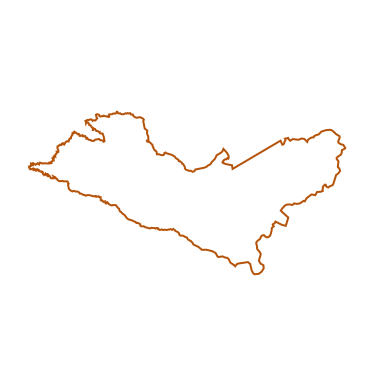 Totoró, Cauca, Colombia, rotated 352°
{"feature_id": "7082276B94855321058702", "entity_name": "Totoró", "entity_type": "district", "adm_level": 2, "iso_a3": "COL", "parent_name": "Colombia", "parent_adm1": "Cauca", "projection": "mercator", "projection_center": [-76.469, 2.497], "detail": "fine", "context": "isolated", "style": "outline", "palette": "amber", "viewbox_px": 384, "rotation_deg": 352, "n_neighbors": 0, "source": "geoboundaries", "source_scale": "gbopen_adm2", "svg_char_len": 5999}
<svg xmlns="http://www.w3.org/2000/svg" viewBox="0 0 384 384"><g transform="rotate(352 192 192)"><path d="M198.3,251.2L203.8,253.4L206.9,255.7L208.3,259.5L209.1,260.0L213.5,260.1L215.6,261.5L217.7,262.1L218.9,263.4L220.2,267.3L223.6,270.4L224.4,271.6L226.5,269.6L227.7,269.3L237.6,269.2L239.6,271.4L240.2,278.1L241.5,281.3L242.7,282.2L246.7,282.3L249.9,280.6L252.4,277.5L252.5,274.4L249.9,272.4L248.7,269.3L251.3,263.5L251.3,262.4L250.4,260.1L248.9,258.2L248.6,257.1L248.8,253.6L248.4,252.0L248.8,250.7L250.2,249.4L252.8,248.0L254.2,245.7L255.7,244.7L257.3,244.8L258.5,246.4L259.5,247.2L261.2,247.3L262.8,246.5L263.8,245.3L265.6,240.9L266.0,238.8L268.2,237.4L267.4,236.0L267.4,235.3L269.4,234.5L270.5,232.9L276.7,237.2L280.2,238.5L283.8,230.7L277.3,222.9L278.6,221.3L281.9,218.5L284.1,217.7L286.7,217.8L289.2,218.8L290.8,218.2L291.4,217.5L294.3,218.4L297.3,218.3L301.3,216.3L302.4,216.9L304.7,214.0L309.6,211.3L310.3,211.1L313.6,212.3L315.9,209.4L319.4,209.7L321.7,209.1L321.6,207.6L322.1,206.8L322.2,205.2L324.6,203.2L325.4,203.4L325.8,205.3L327.5,206.5L329.0,205.6L332.2,204.8L333.1,203.6L337.1,195.2L339.1,194.2L341.5,191.9L341.2,189.3L339.9,187.5L341.3,182.0L339.9,179.5L340.0,178.3L342.0,176.9L344.5,175.9L345.7,174.0L346.3,171.4L349.3,170.4L349.9,169.7L348.4,166.4L345.5,165.1L343.8,163.3L343.8,162.3L345.9,158.5L345.9,157.3L342.9,154.9L340.0,151.2L338.3,149.9L337.1,149.6L333.3,149.4L328.5,150.2L325.5,152.6L322.3,153.1L320.4,153.9L320.1,154.8L317.9,154.7L316.0,155.4L313.8,156.8L313.1,158.4L310.5,155.0L307.9,154.3L304.6,155.1L299.1,153.6L296.4,154.9L294.7,152.5L294.7,151.9L292.9,152.0L291.6,152.2L291.9,152.6L291.7,153.8L290.7,155.0L289.8,157.0L289.0,157.6L288.0,157.7L286.8,153.5L235.4,174.8L235.3,171.1L229.3,169.0L226.8,167.6L226.3,166.8L227.2,166.3L227.4,165.2L229.5,164.2L230.6,164.4L231.7,163.4L232.6,164.0L233.2,162.9L233.2,160.9L232.1,158.1L229.1,153.7L227.8,155.9L226.4,157.0L221.5,159.1L219.3,162.4L216.0,164.9L213.8,167.3L211.8,167.8L209.6,169.2L206.9,169.7L198.5,170.2L197.2,171.8L195.4,172.1L193.8,170.8L192.2,170.7L188.9,168.9L188.2,167.5L188.4,166.1L187.1,163.1L186.4,162.8L185.8,161.4L184.5,159.9L183.8,159.9L183.1,159.4L183.0,158.1L180.9,156.5L179.9,154.6L177.2,152.4L171.9,150.0L171.2,149.2L169.9,149.8L169.6,151.0L169.0,151.3L167.0,151.4L164.5,150.0L162.6,149.8L162.5,147.3L161.8,146.2L161.0,145.7L160.0,143.5L159.9,142.3L159.4,141.6L159.4,139.8L156.7,136.4L154.8,136.0L154.4,135.1L154.5,134.8L156.1,134.4L156.4,130.8L155.7,128.5L155.7,127.1L156.3,125.0L154.0,122.6L153.6,114.9L154.4,113.7L153.8,112.6L151.2,110.7L147.7,110.8L146.0,110.1L144.5,108.5L144.2,107.1L142.3,106.7L141.7,105.3L140.4,105.5L139.1,104.9L138.2,105.2L137.0,104.8L135.9,105.3L134.0,105.4L132.7,105.0L131.7,104.0L130.9,104.2L129.4,103.4L129.4,102.4L128.7,102.1L128.1,103.1L127.2,103.7L124.9,103.3L123.8,103.8L120.6,103.7L120.1,104.5L120.5,105.9L119.9,106.1L114.9,104.1L114.4,104.6L113.2,104.3L111.6,104.5L111.0,104.0L110.7,102.7L109.0,101.7L107.7,102.1L107.8,104.5L108.4,105.8L106.3,107.7L104.2,107.3L103.5,107.7L102.6,106.3L101.9,105.9L99.6,106.3L98.4,106.1L96.3,106.9L96.8,108.0L96.7,109.3L97.6,108.2L98.0,108.8L98.8,108.8L99.7,110.6L99.6,111.4L100.9,112.0L101.8,114.0L102.7,114.5L102.4,116.8L102.9,116.8L103.7,115.7L104.6,116.0L105.8,118.3L107.3,118.6L108.4,119.7L108.9,119.7L108.8,120.6L109.2,121.2L111.6,121.7L112.3,125.1L112.4,129.6L111.4,129.9L110.7,128.6L108.2,127.7L107.4,126.6L103.4,126.7L101.7,127.8L99.6,127.3L99.0,126.5L98.3,126.4L96.6,125.6L96.4,125.0L95.2,124.6L95.8,124.1L95.7,123.7L94.2,123.0L93.8,121.6L91.8,121.7L91.4,120.5L90.6,121.0L88.6,120.8L88.6,119.4L87.6,118.6L87.3,118.7L87.5,119.2L87.1,119.1L85.4,117.1L84.4,117.1L84.6,116.5L83.9,115.9L82.9,117.4L82.1,116.8L81.8,117.0L81.4,118.9L80.1,120.2L79.7,121.9L79.1,122.2L78.6,122.0L77.5,123.0L76.8,124.8L75.2,124.3L73.8,125.0L72.0,127.3L71.5,127.0L71.3,125.8L70.7,125.7L69.8,126.1L69.2,127.3L67.5,126.8L66.5,127.8L65.2,128.1L64.8,129.9L65.5,132.4L65.1,133.7L63.6,133.2L63.6,134.6L62.2,135.7L62.0,136.5L61.1,136.7L61.3,137.7L60.8,137.4L60.5,138.2L59.9,137.9L59.8,138.8L58.7,139.1L59.6,140.0L59.5,141.4L58.6,141.2L58.1,142.1L57.2,142.3L56.9,143.8L56.3,143.7L56.0,142.8L55.4,143.1L55.0,143.8L54.3,143.2L53.6,143.8L49.3,142.9L48.1,143.1L45.5,141.7L45.2,141.8L44.5,143.4L43.0,142.0L42.0,142.9L41.3,142.8L40.9,143.2L39.4,142.0L38.8,142.7L38.8,141.4L38.3,141.2L37.6,141.5L37.2,142.4L36.5,141.7L36.2,143.7L34.4,144.0L34.7,144.7L34.1,145.2L35.0,147.1L36.7,146.8L38.0,148.0L38.4,146.8L39.6,147.5L39.7,148.3L40.5,149.3L41.1,149.0L41.8,147.8L43.3,148.8L43.1,149.6L43.4,150.1L44.8,150.4L45.9,151.4L46.1,151.1L45.5,150.4L46.8,151.2L47.1,153.7L48.0,154.0L48.1,154.7L48.7,154.5L49.4,153.5L49.9,154.6L50.8,153.9L51.5,154.0L51.8,154.6L51.3,156.2L51.9,156.4L53.1,156.0L54.3,158.8L57.0,159.2L57.3,158.6L56.9,157.2L58.8,158.5L59.0,159.6L60.2,160.3L60.5,161.4L61.9,162.7L64.0,163.1L65.2,162.9L66.0,163.5L70.1,164.2L70.5,164.9L70.5,166.0L71.0,166.6L70.2,167.8L70.6,171.9L71.5,173.2L73.6,174.8L74.8,174.4L77.4,175.5L79.0,175.7L80.3,176.9L80.7,178.0L81.9,178.1L83.9,179.7L85.2,179.9L86.3,180.9L87.8,180.5L90.2,180.9L93.9,182.6L96.2,182.5L96.4,183.4L97.4,183.2L98.3,183.6L99.0,183.3L99.5,184.1L100.8,184.4L100.5,187.5L101.3,188.0L102.0,187.9L102.9,189.5L104.4,189.1L105.0,189.3L104.7,190.7L105.1,191.4L105.7,191.5L106.8,190.5L108.4,192.9L110.8,194.2L111.8,193.9L114.9,194.5L116.4,197.4L117.5,198.4L117.6,200.0L118.1,201.3L119.1,202.0L120.0,203.6L121.9,205.3L124.2,209.3L125.9,210.6L128.0,211.4L132.1,214.0L132.6,215.0L133.9,215.0L136.3,216.7L136.1,218.0L136.5,218.6L138.3,219.3L139.5,219.2L140.7,220.3L144.6,222.0L145.8,222.2L146.8,221.8L149.9,222.6L150.8,223.2L151.9,222.7L153.1,223.0L153.4,223.4L153.2,223.9L154.8,225.1L157.0,224.9L158.1,225.7L159.8,225.5L161.8,226.1L165.7,225.8L167.0,226.7L168.3,226.0L169.6,227.2L170.1,228.3L172.4,229.7L173.4,231.1L173.5,232.5L174.4,233.5L177.3,234.1L179.1,235.7L180.6,236.3L181.4,238.5L184.2,240.6L185.4,242.3L186.1,244.2L190.8,247.3L193.7,250.6L198.3,251.2Z" fill="none" stroke="#b45309" stroke-width="2"/></g></svg>